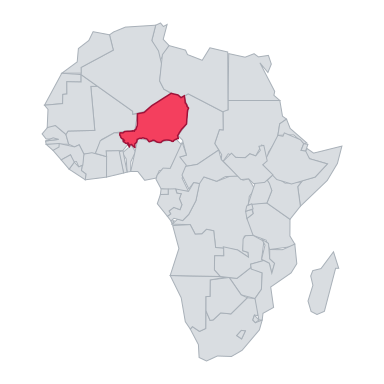 location of Niger within Africa
{"feature_id": "NER", "entity_name": "Niger", "entity_type": "country or territory", "adm_level": 0, "iso_a3": "NER", "parent_name": "Africa", "parent_adm1": "", "projection": "mercator", "projection_center": [6.366, 17.607], "detail": "fine", "context": "in_parent", "style": "filled", "palette": "rose", "viewbox_px": 384, "rotation_deg": 0, "n_neighbors": 49, "source": "natural_earth", "source_scale": "50m", "svg_char_len": 12777}
<svg xmlns="http://www.w3.org/2000/svg" viewBox="0 0 384 384"><path d="M266.9,203.0L290.0,219.3L289.9,236.0L294.8,244.1L291.4,246.7L269.7,249.5L266.1,240.2L253.1,235.4L248.2,227.4L246.9,218.5L253.1,213.6L251.7,203.8L266.9,203.0Z" fill="#d9dde1" stroke="#a8b0b8" stroke-width="1"/><path d="M81.1,74.6L81.1,82.0L66.8,81.7L66.9,94.0L62.8,94.4L62.6,103.6L44.5,105.2L61.8,73.2L81.1,74.6Z" fill="#d9dde1" stroke="#a8b0b8" stroke-width="1"/><path d="M246.9,218.5L253.1,235.4L244.3,236.2L242.7,250.7L248.1,252.4L248.5,257.2L237.5,249.9L215.6,247.5L213.7,230.8L206.6,229.3L201.9,233.9L195.2,234.2L190.2,224.6L172.1,224.2L178.3,218.5L182.6,220.6L188.8,214.3L195.9,200.7L199.9,180.6L203.9,176.9L216.7,181.3L230.9,175.9L238.4,176.0L243.0,180.2L248.6,178.8L254.9,189.3L249.3,196.3L246.9,218.5Z" fill="#d9dde1" stroke="#a8b0b8" stroke-width="1"/><path d="M300.4,206.2L297.7,186.7L302.7,180.4L315.1,177.1L327.4,163.9L309.5,158.7L304.6,152.5L307.2,148.6L313.6,153.1L341.9,146.1L337.4,163.5L327.2,180.5L300.4,206.2Z" fill="#d9dde1" stroke="#a8b0b8" stroke-width="1"/><path d="M290.0,219.3L266.9,203.0L271.8,190.6L267.3,180.3L272.9,174.8L285.2,183.2L301.5,181.8L297.7,186.7L300.4,206.2L290.0,219.3Z" fill="#d9dde1" stroke="#a8b0b8" stroke-width="1"/><path d="M226.1,162.9L222.8,160.9L221.3,159.7L221.7,154.7L214.7,143.5L219.4,129.6L223.2,129.9L223.0,109.8L228.0,109.8L228.0,100.5L279.8,100.5L282.5,116.2L286.5,119.1L279.7,123.8L277.2,139.2L268.4,152.3L267.2,160.9L261.8,145.1L255.7,155.9L249.8,153.8L245.3,157.7L235.7,157.4L228.3,153.8L223.2,161.2L226.1,162.9Z" fill="#d9dde1" stroke="#a8b0b8" stroke-width="1"/><path d="M222.9,111.8L223.2,129.9L219.4,129.6L214.7,143.5L218.7,150.0L197.3,164.4L185.6,166.4L179.8,157.0L186.4,155.1L182.6,140.2L178.0,135.6L185.5,125.3L188.3,108.0L183.7,96.4L188.2,93.8L222.9,111.8Z" fill="#d9dde1" stroke="#a8b0b8" stroke-width="1"/><path d="M190.3,329.1L192.4,326.6L199.5,331.4L205.7,328.5L205.8,310.5L210.1,320.4L213.2,319.9L220.7,312.9L230.9,313.9L247.3,297.7L255.0,298.5L258.2,308.5L257.8,315.6L254.4,315.1L252.8,320.0L255.4,322.7L262.2,320.0L259.4,329.9L242.1,350.3L231.4,356.5L217.4,356.0L206.5,361.0L199.1,357.5L198.4,344.6L190.3,329.1ZM245.4,330.9L241.4,330.4L236.7,335.6L241.6,338.9L245.4,330.9Z" fill="#d9dde1" stroke="#a8b0b8" stroke-width="1"/><path d="M245.4,330.9L241.6,338.9L236.7,335.6L241.4,330.4L245.4,330.9Z" fill="#d9dde1" stroke="#a8b0b8" stroke-width="1"/><path d="M255.0,298.5L241.2,294.9L229.2,277.5L236.9,278.4L251.0,267.4L262.2,272.9L261.4,289.4L255.0,298.5Z" fill="#d9dde1" stroke="#a8b0b8" stroke-width="1"/><path d="M247.3,297.7L230.9,313.9L220.7,312.9L213.2,319.9L210.1,320.4L205.8,310.5L205.8,296.6L210.0,296.4L210.2,279.9L229.2,277.5L241.2,294.9L247.3,297.7Z" fill="#d9dde1" stroke="#a8b0b8" stroke-width="1"/><path d="M205.8,296.6L205.7,328.5L199.5,331.4L192.4,326.6L190.3,329.1L185.3,321.7L181.2,297.8L170.2,275.5L228.4,276.8L210.2,279.9L210.0,296.4L205.8,296.6Z" fill="#d9dde1" stroke="#a8b0b8" stroke-width="1"/><path d="M46.1,139.0L42.1,133.9L48.7,126.1L55.4,125.5L65.9,134.4L68.7,144.2L46.2,144.4L45.5,141.0L58.6,139.4L46.1,139.0Z" fill="#d9dde1" stroke="#a8b0b8" stroke-width="1"/><path d="M68.7,144.2L65.9,134.4L68.1,131.0L94.8,130.4L90.8,86.4L97.5,86.3L132.7,111.3L132.7,114.2L137.6,113.7L134.8,130.1L114.3,132.8L101.5,139.6L95.4,153.4L83.9,154.1L79.2,144.8L74.6,146.9L68.7,144.2Z" fill="#d9dde1" stroke="#a8b0b8" stroke-width="1"/><path d="M44.5,105.2L62.6,103.6L62.8,94.4L66.9,94.0L66.8,81.7L81.1,82.0L81.1,74.6L97.5,86.3L90.8,86.4L94.8,130.4L68.1,131.0L65.9,134.4L55.4,125.5L47.2,127.6L48.0,109.4L44.5,105.2Z" fill="#d9dde1" stroke="#a8b0b8" stroke-width="1"/><path d="M130.7,171.5L127.1,172.1L126.2,158.9L122.3,153.0L131.4,145.1L135.5,151.8L130.8,161.7L130.7,171.5Z" fill="#d9dde1" stroke="#a8b0b8" stroke-width="1"/><path d="M130.7,171.5L138.0,138.3L158.3,142.5L176.0,139.0L182.6,145.8L170.2,168.4L159.2,170.7L156.0,178.1L144.7,180.3L137.8,171.5L130.7,171.5Z" fill="#d9dde1" stroke="#a8b0b8" stroke-width="1"/><path d="M182.2,142.3L186.4,155.1L179.8,157.0L186.3,165.2L182.1,178.2L188.5,191.4L161.1,188.9L156.0,179.3L157.2,175.0L163.1,168.1L170.2,168.4L182.2,142.3Z" fill="#d9dde1" stroke="#a8b0b8" stroke-width="1"/><path d="M122.9,150.6L127.1,172.1L123.6,173.0L118.8,151.9L122.9,150.6Z" fill="#d9dde1" stroke="#a8b0b8" stroke-width="1"/><path d="M119.1,150.5L123.6,173.0L106.5,177.1L106.1,150.8L119.1,150.5Z" fill="#d9dde1" stroke="#a8b0b8" stroke-width="1"/><path d="M83.9,154.1L91.9,152.7L106.6,156.6L106.5,177.1L85.3,179.8L85.9,174.0L81.4,170.6L83.9,154.1Z" fill="#d9dde1" stroke="#a8b0b8" stroke-width="1"/><path d="M59.2,143.5L74.6,146.9L79.2,144.8L83.9,154.1L82.8,165.3L78.8,166.9L76.4,161.5L73.1,162.3L70.5,154.8L61.2,159.9L53.0,150.4L59.2,143.5Z" fill="#d9dde1" stroke="#a8b0b8" stroke-width="1"/><path d="M46.2,144.4L59.2,143.5L59.0,147.0L53.0,150.4L46.2,144.4Z" fill="#d9dde1" stroke="#a8b0b8" stroke-width="1"/><path d="M82.2,165.3L81.4,170.6L85.9,174.0L85.3,179.8L69.1,169.2L74.3,162.1L78.8,166.9L82.2,165.3Z" fill="#d9dde1" stroke="#a8b0b8" stroke-width="1"/><path d="M61.2,159.9L70.5,154.8L74.3,162.1L69.1,169.2L61.2,159.9Z" fill="#d9dde1" stroke="#a8b0b8" stroke-width="1"/><path d="M95.4,153.4L100.3,140.7L114.3,132.8L120.6,133.0L123.4,142.4L128.5,143.4L122.9,150.6L106.1,150.8L106.6,156.6L95.4,153.4Z" fill="#d9dde1" stroke="#a8b0b8" stroke-width="1"/><path d="M238.4,176.0L225.4,176.6L216.7,181.3L203.9,176.9L199.5,183.6L193.7,182.6L188.8,189.0L182.0,175.1L185.6,166.4L197.3,164.4L218.7,150.0L221.3,159.7L238.4,176.0Z" fill="#d9dde1" stroke="#a8b0b8" stroke-width="1"/><path d="M199.5,183.6L195.9,200.7L188.8,214.3L182.6,220.6L174.0,218.3L170.9,220.9L167.4,216.3L170.7,213.9L169.0,211.0L173.8,207.4L180.0,209.7L181.9,204.7L179.4,198.7L181.2,193.7L176.9,193.2L176.0,189.0L188.5,191.4L193.7,182.6L199.5,183.6Z" fill="#d9dde1" stroke="#a8b0b8" stroke-width="1"/><path d="M168.2,189.0L175.5,188.8L176.9,193.2L181.2,193.7L179.4,198.7L181.9,204.7L180.0,209.7L173.8,207.4L169.0,211.0L170.7,213.9L167.4,216.3L157.3,203.7L160.4,194.5L168.2,194.3L168.2,189.0Z" fill="#d9dde1" stroke="#a8b0b8" stroke-width="1"/><path d="M161.1,188.9L168.2,189.0L168.2,194.3L160.4,194.5L161.1,188.9Z" fill="#d9dde1" stroke="#a8b0b8" stroke-width="1"/><path d="M253.1,235.4L263.9,241.3L261.6,259.3L263.8,260.5L250.6,264.2L251.0,267.4L236.9,278.4L220.2,276.5L214.4,270.0L214.6,255.6L223.7,255.7L223.3,246.8L237.5,249.9L248.5,257.2L248.1,252.4L242.7,250.7L243.1,239.0L245.5,235.7L253.1,235.4Z" fill="#d9dde1" stroke="#a8b0b8" stroke-width="1"/><path d="M261.9,239.3L268.5,243.4L269.7,258.7L274.6,263.3L271.8,273.3L269.3,263.3L261.6,259.3L265.0,245.1L261.9,239.3Z" fill="#d9dde1" stroke="#a8b0b8" stroke-width="1"/><path d="M269.7,249.5L282.4,249.7L294.8,244.1L296.8,263.7L291.1,272.9L270.7,287.0L273.6,307.4L263.0,313.3L262.2,320.0L258.9,320.0L255.0,298.5L261.4,289.4L262.2,272.9L251.3,269.1L250.6,264.2L263.8,260.5L269.3,263.3L271.8,273.3L274.6,263.3L269.7,258.7L269.7,249.5Z" fill="#d9dde1" stroke="#a8b0b8" stroke-width="1"/><path d="M258.9,320.0L255.4,322.7L252.8,320.0L254.4,315.1L258.9,320.0Z" fill="#d9dde1" stroke="#a8b0b8" stroke-width="1"/><path d="M170.9,220.9L174.1,220.7L172.1,224.2L170.9,220.9ZM172.7,225.6L190.2,224.6L195.2,234.2L201.9,233.9L206.6,229.3L213.7,230.8L215.6,247.5L223.7,248.2L223.7,255.7L214.6,255.6L214.4,270.0L220.2,276.5L170.2,275.5L178.9,248.5L172.7,225.6Z" fill="#d9dde1" stroke="#a8b0b8" stroke-width="1"/><path d="M251.9,209.4L253.1,213.6L246.9,218.5L245.6,211.3L251.9,209.4Z" fill="#d9dde1" stroke="#a8b0b8" stroke-width="1"/><path d="M333.5,251.8L338.7,268.3L335.6,268.3L324.4,311.3L317.0,314.5L311.1,311.5L308.0,301.0L312.9,285.3L310.7,276.0L312.8,270.6L321.0,268.6L333.5,251.8Z" fill="#d9dde1" stroke="#a8b0b8" stroke-width="1"/><path d="M45.5,141.0L53.2,137.8L58.6,139.4L45.5,141.0Z" fill="#d9dde1" stroke="#a8b0b8" stroke-width="1"/><path d="M160.3,60.1L151.8,40.5L155.7,25.2L160.5,23.0L163.4,26.5L167.1,24.5L163.2,39.3L169.1,45.6L160.3,60.1Z" fill="#d9dde1" stroke="#a8b0b8" stroke-width="1"/><path d="M81.1,74.6L81.1,67.4L113.3,50.1L109.5,34.8L113.7,31.9L125.4,27.1L155.7,25.2L151.8,40.5L158.5,50.9L161.7,64.5L159.6,80.9L163.9,89.2L171.3,93.5L143.7,111.7L132.7,114.2L132.7,111.3L81.1,74.6Z" fill="#d9dde1" stroke="#a8b0b8" stroke-width="1"/><path d="M277.9,135.3L279.7,123.8L286.5,119.1L290.2,128.5L306.9,143.0L303.7,143.7L293.6,134.9L277.9,135.3Z" fill="#d9dde1" stroke="#a8b0b8" stroke-width="1"/><path d="M61.8,73.2L77.2,61.9L78.4,48.5L88.8,40.5L93.1,31.7L109.5,34.8L113.3,50.1L81.1,67.4L81.2,73.2L61.8,73.2Z" fill="#d9dde1" stroke="#a8b0b8" stroke-width="1"/><path d="M279.8,100.5L228.0,100.5L228.7,53.6L245.1,57.2L254.1,53.7L258.4,56.9L268.4,55.4L271.3,64.1L267.9,72.5L259.9,62.8L274.7,91.4L273.9,95.3L279.8,100.5Z" fill="#d9dde1" stroke="#a8b0b8" stroke-width="1"/><path d="M227.7,52.0L228.0,109.8L222.9,111.8L188.2,93.8L180.7,98.2L163.9,89.2L159.6,80.9L162.4,54.6L169.1,45.6L185.5,50.1L187.5,54.6L202.2,60.3L209.9,47.8L227.7,52.0Z" fill="#d9dde1" stroke="#a8b0b8" stroke-width="1"/><path d="M327.4,163.9L315.1,177.1L291.5,184.0L276.7,179.5L262.7,164.8L277.9,135.3L282.9,136.3L284.3,132.9L300.4,139.7L303.7,143.7L301.1,150.4L305.6,150.9L309.5,158.7L327.4,163.9Z" fill="#d9dde1" stroke="#a8b0b8" stroke-width="1"/><path d="M303.7,143.7L307.9,144.4L305.6,150.9L301.1,150.4L303.7,143.7Z" fill="#d9dde1" stroke="#a8b0b8" stroke-width="1"/><path d="M266.9,203.0L248.0,204.7L255.3,182.4L267.3,180.3L269.4,183.4L271.8,190.6L266.9,203.0Z" fill="#d9dde1" stroke="#a8b0b8" stroke-width="1"/><path d="M251.7,203.8L253.1,208.9L245.6,211.3L246.7,206.0L251.7,203.8Z" fill="#d9dde1" stroke="#a8b0b8" stroke-width="1"/><path d="M253.5,183.6L248.6,178.8L241.0,179.6L223.2,161.2L231.5,153.2L235.7,157.4L245.3,157.7L249.8,153.8L255.7,155.9L260.3,150.3L258.9,146.3L263.8,145.4L267.2,160.9L262.7,164.8L272.9,174.8L264.6,182.4L253.5,183.6Z" fill="#d9dde1" stroke="#a8b0b8" stroke-width="1"/><path d="M178.3,138.5L177.5,138.6L177.1,138.7L176.5,139.1L175.9,139.3L175.1,139.7L174.6,140.0L174.2,140.2L173.5,140.8L173.3,141.3L172.7,141.4L171.8,141.3L171.3,140.8L170.0,140.4L169.1,140.2L168.7,140.1L166.8,140.0L164.7,140.2L163.6,140.4L163.4,140.5L162.8,140.8L162.3,141.1L160.9,142.5L159.1,142.5L158.0,142.3L157.1,142.1L155.9,141.4L154.3,140.4L153.7,140.3L153.1,140.2L152.9,140.2L151.1,141.2L150.7,141.2L150.3,141.3L150.0,141.6L149.7,141.7L149.2,141.7L148.9,141.5L148.6,141.2L147.9,140.1L147.7,139.9L147.4,139.5L146.8,139.0L146.4,138.7L146.2,138.7L145.9,138.7L144.4,138.3L142.9,137.8L142.6,137.8L142.4,137.9L141.8,138.3L141.2,138.4L140.4,138.3L140.0,138.3L139.3,138.4L138.9,138.6L138.3,138.8L137.5,139.5L137.2,139.5L136.8,141.4L136.6,142.0L136.2,142.7L135.4,143.4L134.9,143.8L134.9,144.4L134.8,145.3L134.8,145.9L134.8,146.3L134.8,146.5L134.7,146.7L134.8,146.9L134.9,147.1L135.0,147.2L134.9,147.4L134.7,147.5L134.4,147.1L134.0,146.8L133.6,146.7L133.4,146.5L133.2,146.2L132.7,145.6L131.5,144.5L131.4,144.5L131.2,144.5L130.9,144.6L130.7,144.8L130.3,144.9L129.7,145.0L129.3,145.2L129.3,145.3L129.5,146.2L129.4,146.6L129.2,146.4L128.5,145.6L128.1,144.9L127.9,144.6L128.0,144.5L128.2,144.4L128.6,144.3L128.7,144.1L128.6,143.8L128.4,143.3L128.1,143.0L127.8,143.0L127.5,143.0L127.0,143.4L126.8,143.4L126.3,143.4L125.8,143.3L125.5,143.1L124.7,142.4L123.8,141.7L123.4,141.6L123.2,140.9L123.2,140.2L123.3,140.1L123.7,140.2L124.1,140.2L123.9,139.9L123.4,139.6L123.2,139.2L122.9,139.0L122.6,138.9L122.4,138.8L122.2,138.7L121.7,138.5L121.2,137.9L120.8,137.3L120.6,136.9L120.5,136.6L120.6,136.1L120.5,135.9L120.1,135.4L119.7,135.0L119.8,134.3L119.9,133.7L119.9,133.3L119.9,133.1L120.0,132.9L120.9,132.8L122.1,132.9L123.1,132.8L123.9,132.1L124.6,131.5L125.8,131.4L127.1,131.3L128.1,131.3L129.5,131.3L130.7,131.2L132.1,131.2L132.1,130.9L132.3,130.8L133.3,130.9L134.3,131.1L134.3,130.5L135.1,129.8L135.6,129.7L135.9,129.3L136.0,128.9L136.0,128.6L136.2,128.4L136.3,128.0L136.5,127.3L136.9,126.6L137.2,125.5L137.3,124.6L137.3,123.8L137.4,123.6L137.4,122.3L137.4,121.0L137.4,119.8L137.4,118.4L137.4,117.2L137.4,115.8L137.4,114.6L137.4,113.8L138.4,113.6L139.3,113.4L140.8,113.1L142.3,112.8L144.0,112.5L144.4,112.2L145.7,111.1L146.3,110.5L147.4,109.5L148.3,108.7L149.5,107.6L150.7,106.6L151.6,105.8L153.1,104.8L155.4,103.4L157.6,102.0L159.9,100.5L162.1,99.1L164.4,97.6L166.7,96.2L168.9,94.8L171.2,93.3L173.4,93.9L175.6,94.4L177.8,94.9L178.3,95.2L179.4,96.2L180.9,97.5L181.0,97.6L182.5,96.8L184.3,95.8L184.8,98.5L185.1,100.9L185.2,102.3L185.2,102.7L185.3,103.0L185.7,103.2L187.0,105.4L186.8,105.8L187.0,106.4L187.3,106.7L188.5,108.0L188.5,108.4L187.7,109.9L187.6,110.3L187.4,112.2L187.3,113.5L187.2,115.3L187.0,117.5L186.8,119.3L186.7,121.8L186.5,124.0L185.3,125.3L183.3,127.5L181.6,129.3L180.8,130.5L179.2,132.9L178.5,134.4L177.9,135.2L177.6,135.5L177.9,136.6L178.3,138.5Z" fill="#f43f5e" stroke="#9f1239" stroke-width="1.5"/></svg>